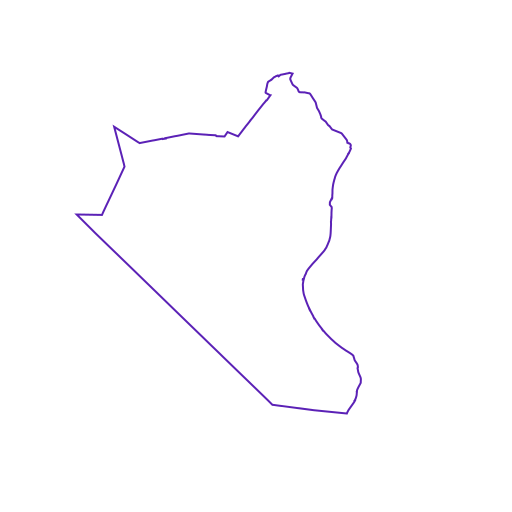 Nederweert, Limburg, Netherlands (orthographic projection), rotated 241°
{"feature_id": "6326949B42914806885900", "entity_name": "Nederweert", "entity_type": "district", "adm_level": 2, "iso_a3": "NLD", "parent_name": "Netherlands", "parent_adm1": "Limburg", "projection": "orthographic", "projection_center": [5.78, 51.292], "detail": "fine", "context": "isolated", "style": "outline", "palette": "violet", "viewbox_px": 512, "rotation_deg": 241, "n_neighbors": 0, "source": "geoboundaries", "source_scale": "gbopen_adm2", "svg_char_len": 5582}
<svg xmlns="http://www.w3.org/2000/svg" viewBox="0 0 512 512"><g transform="rotate(241 256 256)"><path d="M304.6,141.6L229.7,164.3L226.4,165.3L214.9,168.8L211.7,169.8L199.1,173.6L192.9,175.5L188.0,177.0L183.6,178.3L167.2,183.3L129.8,194.7L123.5,196.6L117.9,198.2L116.7,199.9L115.1,202.0L93.1,231.8L74.2,259.1L74.8,259.8L75.4,260.7L76.0,261.6L76.6,262.6L80.1,269.9L80.6,270.9L81.2,271.9L81.6,272.5L81.8,272.3L82.0,272.7L82.7,273.6L83.4,274.5L84.2,275.3L85.0,276.1L85.9,276.8L86.8,277.4L87.7,278.0L88.4,278.3L88.4,278.5L88.7,278.6L89.6,279.3L90.2,280.0L91.5,281.8L92.1,282.7L93.3,284.6L93.9,285.5L94.3,286.1L97.4,288.0L98.4,288.4L99.4,288.6L100.4,288.7L102.7,288.9L103.8,289.0L105.0,289.2L106.1,289.6L107.3,290.0L108.4,290.3L108.8,290.5L109.0,290.8L109.0,291.0L109.9,291.5L110.8,291.8L111.2,292.0L112.1,292.1L113.1,292.1L114.2,292.0L115.3,291.9L116.5,291.8L117.1,291.8L117.7,291.9L119.1,292.3L119.4,292.3L121.6,292.8L122.6,292.5L123.6,292.1L124.6,291.6L125.6,291.1L128.5,289.5L129.5,288.9L132.5,287.4L134.0,286.6L136.5,285.5L137.6,285.0L140.2,283.9L141.6,283.3L143.8,282.6L147.0,281.5L149.2,280.9L151.3,280.3L152.7,279.9L154.6,279.4L158.2,278.7L158.3,278.6L158.3,278.4L159.8,278.2L159.9,278.4L161.8,278.1L163.0,277.9L165.1,277.6L168.0,277.3L170.1,277.1L172.7,277.0L173.1,276.6L173.4,276.8L175.1,276.7L175.4,276.9L176.8,276.9L178.9,276.9L182.0,277.0L182.1,276.8L183.5,276.9L183.4,277.1L186.9,277.3L190.2,277.7L193.5,278.2L195.7,278.6L198.0,279.0L199.0,279.2L200.1,279.5L201.2,279.9L202.3,280.3L203.4,280.7L204.4,281.2L205.4,281.7L208.5,283.2L209.4,283.9L210.3,284.6L211.2,285.3L212.0,286.0L212.5,285.5L212.6,285.4L213.1,285.8L212.6,286.6L214.3,288.2L215.2,289.3L215.4,289.6L215.9,290.3L216.0,290.6L217.5,292.3L218.2,293.2L218.5,293.8L219.5,295.9L220.5,298.5L221.7,301.6L222.4,303.7L223.1,305.9L223.6,307.5L224.2,308.9L224.3,309.3L224.6,310.0L226.8,316.2L227.1,317.1L227.4,317.8L227.8,318.8L228.3,319.6L229.3,321.6L230.4,323.0L231.2,324.1L232.5,325.7L233.1,326.4L233.2,326.7L234.5,328.1L235.0,328.5L236.0,329.5L237.4,330.7L238.4,331.4L239.4,332.1L241.3,333.3L247.0,336.8L247.9,337.3L249.7,338.2L250.3,338.7L253.5,340.7L253.4,340.8L257.6,343.2L259.8,344.6L260.2,344.8L260.4,345.0L260.8,345.3L261.1,345.4L262.1,345.9L262.6,345.8L265.0,345.4L267.2,346.7L269.5,349.9L269.1,350.0L269.4,350.5L269.8,350.8L270.1,351.0L272.5,352.4L273.5,353.1L277.0,355.1L279.1,356.6L279.9,357.2L281.2,358.2L283.0,359.8L283.9,360.7L284.6,361.3L285.7,362.5L286.6,363.3L287.9,364.8L289.4,366.8L290.9,369.2L292.2,371.4L292.9,372.7L293.4,373.7L295.0,376.6L295.2,377.0L295.9,378.3L297.3,381.1L297.9,382.2L298.4,382.9L300.5,386.2L300.6,386.5L300.8,386.4L301.3,387.5L302.2,388.8L302.8,389.6L303.8,390.9L304.1,391.2L304.5,391.1L304.9,391.1L305.2,391.1L305.5,391.3L306.1,392.0L306.4,392.2L306.7,392.5L307.0,392.6L307.3,392.7L307.7,392.7L308.0,392.7L308.5,392.6L308.9,392.4L309.6,391.7L309.7,391.8L310.8,390.8L311.9,391.3L312.2,391.4L312.7,391.5L313.3,391.6L313.5,391.6L314.4,391.5L321.5,390.4L322.3,390.0L323.4,389.1L329.3,384.3L329.4,384.2L329.8,383.9L330.4,383.8L331.7,383.6L333.9,383.3L333.9,383.2L334.0,383.1L334.3,383.1L334.8,382.9L335.2,382.7L335.3,382.6L335.7,382.5L339.8,382.1L340.0,382.0L341.0,381.5L344.1,380.2L344.5,380.1L344.9,380.1L345.4,380.1L346.8,380.7L347.2,380.7L347.6,380.7L348.1,380.9L349.9,381.1L352.2,381.3L352.8,381.3L355.3,381.2L355.7,381.2L356.1,381.2L357.5,381.6L360.9,382.5L361.3,382.6L361.7,382.6L362.1,382.6L367.3,382.2L367.7,382.2L369.4,382.1L370.9,382.0L371.6,381.9L372.0,381.8L372.3,381.6L372.4,381.4L372.6,381.3L373.1,380.6L375.4,378.0L375.7,377.6L376.0,377.0L376.3,376.5L376.5,376.2L377.2,375.0L377.7,374.2L377.9,373.8L378.1,373.7L378.4,373.4L378.7,373.2L379.0,373.2L379.3,373.1L379.9,373.2L381.5,373.4L382.0,373.4L382.6,373.4L382.9,373.4L383.2,373.3L383.5,373.2L386.7,371.7L387.5,371.4L387.9,371.2L388.0,371.2L388.3,371.2L388.7,371.2L393.0,371.5L393.8,371.7L394.1,371.7L394.2,371.8L394.5,372.0L394.9,372.2L395.2,372.6L395.6,373.1L397.8,376.4L400.1,373.9L400.0,373.5L400.1,373.2L400.2,372.8L400.5,371.9L401.0,370.4L401.0,370.2L401.6,368.3L401.7,368.0L402.1,366.7L402.5,365.7L402.5,365.4L402.5,365.0L402.5,364.7L402.3,363.8L402.1,363.1L402.1,362.9L403.3,362.7L403.4,362.0L403.3,361.9L403.4,361.6L403.5,361.2L403.6,360.4L403.5,359.8L403.6,358.9L403.6,358.4L402.8,355.3L402.8,355.1L402.7,355.1L402.6,354.6L402.6,353.8L402.6,352.6L402.5,351.8L402.5,351.1L402.2,350.7L401.9,350.3L401.3,349.6L401.1,349.4L399.8,348.3L399.5,348.1L398.9,347.6L396.4,345.3L395.8,344.8L394.9,344.0L394.6,343.8L394.5,343.7L394.3,343.7L394.0,343.6L393.8,343.7L393.6,343.8L390.1,346.1L389.9,346.1L389.6,346.5L389.0,345.2L388.1,343.4L387.2,341.5L387.1,341.3L387.0,340.9L386.9,340.2L386.7,339.6L386.8,339.6L386.2,338.2L386.0,337.7L385.5,336.2L383.9,332.4L382.6,329.2L380.4,324.1L379.1,321.2L378.6,320.1L377.3,316.7L377.2,316.7L376.3,314.6L375.5,312.7L375.0,311.4L374.2,309.4L374.2,309.5L373.7,308.4L373.0,306.7L372.9,306.5L371.0,302.2L370.9,301.9L369.4,298.6L369.6,298.5L369.5,298.2L369.9,297.9L378.2,291.2L376.0,286.8L375.8,286.4L380.0,279.5L381.1,279.3L382.8,276.6L385.3,272.6L385.5,272.4L387.4,269.5L387.4,269.4L387.5,269.3L395.6,256.9L395.7,256.7L397.7,250.4L397.8,250.1L398.4,248.1L399.3,245.3L400.1,243.1L402.8,234.5L403.0,234.0L402.5,233.9L403.5,231.2L403.8,231.3L404.0,231.0L406.7,222.6L406.9,222.2L411.2,208.9L411.5,208.8L412.8,208.0L425.4,201.3L437.8,194.6L408.8,187.2L403.8,185.9L400.2,185.0L400.0,184.9L397.9,184.3L386.2,168.3L381.6,161.9L376.0,154.1L375.7,153.7L373.0,149.9L368.5,143.7L366.6,141.2L376.7,123.7L379.2,119.3L354.1,126.5L304.6,141.6Z" fill="none" stroke="#5b21b6" stroke-width="2"/></g></svg>